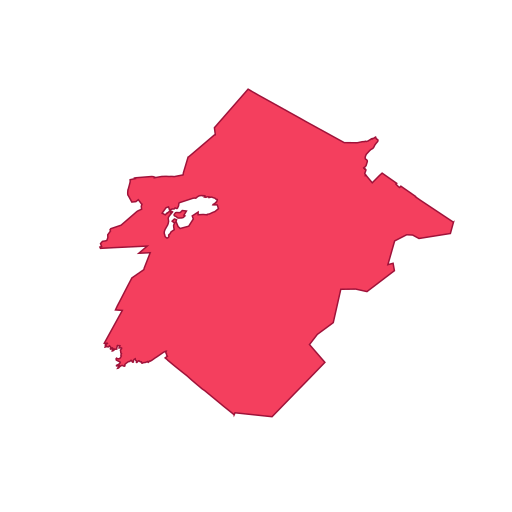 Staiceles pag., Alojas, Latvia (Equal Earth projection), rotated 143°
{"feature_id": "27541924B5115242509873", "entity_name": "Staiceles pag.", "entity_type": "district", "adm_level": 2, "iso_a3": "LVA", "parent_name": "Latvia", "parent_adm1": "Alojas", "projection": "equal_earth", "projection_center": [24.767, 57.89], "detail": "fine", "context": "isolated", "style": "filled", "palette": "rose", "viewbox_px": 512, "rotation_deg": 143, "n_neighbors": 0, "source": "geoboundaries", "source_scale": "gbopen_adm2", "svg_char_len": 6029}
<svg xmlns="http://www.w3.org/2000/svg" viewBox="0 0 512 512"><g transform="rotate(143 256 256)"><path d="M161.9,394.0L212.0,383.5L215.4,377.5L215.7,377.3L216.3,377.7L216.9,377.7L245.1,376.0L250.7,375.7L250.8,375.8L264.1,366.0L265.2,364.8L265.3,364.8L265.4,364.7L265.7,364.7L265.9,364.9L273.5,368.6L275.4,370.3L277.7,371.9L279.8,373.7L283.5,376.3L290.0,379.6L289.5,380.0L290.4,381.3L291.5,382.3L304.4,390.5L305.9,391.3L305.9,390.5L310.6,392.7L311.9,390.9L315.3,388.2L318.3,385.9L318.5,385.9L320.6,383.5L321.6,381.9L321.7,380.6L322.7,373.8L319.2,371.7L316.1,371.8L316.1,366.3L315.9,366.0L317.8,364.7L317.9,364.4L319.2,362.2L323.1,363.1L324.4,363.2L345.2,361.8L355.5,365.2L356.8,364.8L357.2,363.5L361.6,362.2L363.3,359.8L365.8,358.2L367.2,358.7L369.8,360.1L372.7,359.5L373.6,356.5L375.3,357.1L375.6,355.7L365.2,348.7L336.9,329.4L347.9,328.7L338.5,322.3L352.6,313.6L352.8,313.4L353.8,312.6L368.3,313.2L375.9,309.6L393.4,301.2L396.6,299.7L400.7,297.5L395.5,293.0L429.8,277.6L429.2,276.6L427.7,276.3L427.3,276.0L427.3,275.6L428.7,275.7L429.4,275.7L430.1,275.2L429.8,274.8L429.7,274.7L429.9,274.5L430.6,274.3L431.0,274.3L431.3,274.1L430.9,273.9L429.9,273.6L428.7,272.3L428.2,272.2L427.1,272.4L426.9,271.5L427.0,270.7L426.9,269.9L427.0,269.7L427.4,269.5L427.9,269.8L428.1,269.6L428.2,269.4L428.1,269.0L427.8,268.8L427.5,268.8L426.7,269.1L426.1,269.2L425.9,269.0L426.0,268.6L426.7,268.3L426.7,268.1L426.2,267.7L425.5,267.3L425.6,267.1L426.2,266.9L427.5,266.9L427.8,266.9L428.0,266.7L427.4,266.4L426.2,266.3L425.3,266.5L424.7,266.5L423.8,265.7L423.4,265.7L423.2,265.5L422.2,266.7L421.9,266.8L421.3,267.3L420.7,267.9L420.2,267.8L419.7,267.0L419.5,266.9L418.7,266.4L418.6,266.2L420.2,265.4L420.7,265.0L418.9,263.8L418.7,263.5L418.7,263.3L419.3,262.8L420.3,262.6L421.1,262.2L421.6,260.9L422.3,260.0L422.3,259.6L422.1,259.1L423.4,258.3L423.8,257.8L423.7,257.2L425.6,256.3L426.3,256.2L426.9,256.3L427.6,256.5L428.9,258.1L428.9,258.3L429.5,258.2L430.1,257.3L430.2,256.9L429.2,254.8L428.4,253.4L428.4,253.1L428.6,253.1L428.6,252.7L428.9,252.4L429.9,252.2L430.9,252.2L433.2,252.6L433.5,252.3L433.3,251.8L431.4,251.1L430.9,250.7L431.1,250.3L433.9,249.7L434.1,249.6L433.7,249.4L432.9,249.3L431.5,249.6L430.4,249.6L429.2,249.4L428.8,249.2L428.4,248.8L428.2,248.2L427.9,247.7L427.3,247.1L427.0,247.1L426.7,247.2L426.6,247.4L426.5,247.9L426.3,248.1L425.4,248.4L423.7,248.5L421.4,248.4L420.3,247.7L418.9,248.0L418.4,247.7L418.5,245.9L418.4,245.4L417.8,245.1L417.6,245.2L416.8,246.4L415.2,246.8L414.3,246.6L414.8,245.9L414.9,245.3L414.5,244.3L415.0,243.7L415.4,243.2L415.5,243.0L415.3,242.7L412.9,243.0L412.5,242.8L412.1,241.1L411.3,240.6L411.2,240.4L411.6,239.7L411.6,239.0L411.5,238.9L410.2,238.6L408.3,237.5L406.1,237.0L405.9,236.9L405.9,236.7L406.2,236.2L406.1,235.9L405.3,235.9L404.7,236.1L404.2,236.2L403.7,235.9L403.6,235.6L401.9,235.4L397.8,235.3L395.4,235.1L388.0,234.8L385.9,234.4L385.1,234.0L385.3,233.9L386.2,233.0L386.4,232.5L386.3,231.8L386.6,231.4L387.0,230.7L387.1,229.3L389.9,229.3L389.3,226.9L389.2,225.8L387.0,216.5L384.7,207.5L383.2,201.8L381.9,195.1L379.0,182.3L378.0,179.4L372.3,155.5L369.0,142.5L369.1,142.3L367.1,143.4L339.9,118.0L308.4,122.9L293.7,125.1L265.0,129.6L266.6,153.1L254.2,156.5L234.4,156.3L208.3,178.4L196.3,169.6L188.8,160.8L154.3,161.0L150.9,167.7L155.9,169.7L136.2,184.6L122.9,182.3L118.3,178.5L115.3,171.9L87.2,157.0L77.9,164.2L78.0,164.2L91.2,201.7L93.0,207.2L92.7,207.5L98.3,224.6L100.1,224.3L100.6,225.9L101.0,229.3L99.9,229.4L105.4,246.3L108.9,246.0L119.1,244.5L119.5,252.4L119.6,253.6L119.8,253.9L120.1,254.2L119.5,254.2L119.6,256.3L119.5,256.5L116.8,258.2L116.3,258.8L116.4,259.2L116.9,259.7L116.4,260.3L116.5,260.5L117.1,261.1L117.0,261.6L114.8,261.6L113.6,262.0L110.3,264.4L109.8,265.1L109.7,266.5L110.2,267.2L110.2,267.8L109.8,268.7L108.7,269.7L107.4,270.5L106.5,270.9L102.2,271.7L100.3,271.9L98.0,271.6L96.7,271.9L94.3,273.1L92.3,273.7L89.9,274.2L89.1,274.8L88.8,275.3L88.8,276.0L89.3,276.6L89.3,277.6L88.9,279.0L89.5,279.1L89.9,279.1L90.2,279.2L91.0,279.1L91.6,279.4L92.0,279.4L92.2,279.7L92.4,279.8L93.0,279.6L93.2,280.1L93.4,280.1L94.1,280.2L94.7,280.1L95.3,280.3L97.2,280.4L99.2,281.1L99.4,281.7L100.3,282.1L100.6,282.1L102.1,283.2L107.0,285.5L117.3,293.4L135.3,333.4L136.4,336.0L143.3,351.6L157.3,383.1L161.0,391.7L160.9,391.7L161.9,394.0ZM290.6,341.5L289.9,341.5L287.6,342.7L285.8,344.6L284.6,344.5L271.7,340.1L270.9,339.7L270.1,339.2L269.3,338.4L267.1,338.5L265.8,338.4L264.6,338.0L262.9,336.9L261.4,335.6L261.7,335.5L260.7,334.7L261.7,334.1L261.3,333.8L260.9,333.3L260.7,333.3L260.6,333.0L260.1,332.9L259.9,332.9L258.8,332.3L258.1,331.7L257.7,331.2L258.1,331.0L257.9,330.9L257.9,330.7L256.4,330.1L255.8,329.5L254.9,328.1L254.1,327.0L253.9,326.6L253.8,325.5L253.6,325.2L253.0,324.7L252.9,324.4L253.1,324.1L253.4,323.9L253.6,323.7L254.3,323.4L254.5,323.2L255.0,322.9L255.3,323.0L255.7,322.8L255.9,323.0L257.5,322.7L259.2,323.0L259.6,322.8L256.3,320.3L256.4,319.5L257.5,316.4L262.1,316.2L264.1,316.8L267.9,317.6L269.8,318.6L270.2,318.3L270.7,318.7L273.1,320.9L277.4,323.8L275.8,325.9L282.8,326.4L283.8,323.3L291.8,320.3L300.0,323.6L300.5,326.4L299.1,331.7L297.6,332.8L298.9,334.7L302.0,334.3L301.4,331.7L300.7,331.5L303.2,330.2L303.5,329.9L304.6,328.1L305.5,326.2L309.3,326.4L311.2,325.5L312.0,325.5L313.1,325.3L313.3,325.1L313.6,324.3L314.2,323.8L314.5,323.7L315.5,323.6L316.1,323.8L316.5,324.2L316.9,325.9L316.8,326.5L316.3,327.5L315.6,329.4L314.6,330.6L312.7,331.9L308.0,333.9L306.7,334.7L304.9,336.3L303.6,338.7L302.8,339.5L301.4,340.1L296.1,341.4L296.5,342.5L297.9,342.4L297.0,343.9L300.9,343.6L301.0,343.9L303.7,343.5L305.2,346.7L298.8,348.7L296.3,347.9L297.2,345.2L296.4,344.5L294.5,343.9L293.0,342.8L291.7,343.1L290.6,341.5ZM287.5,336.7L290.2,336.3L291.3,336.9L293.3,338.6L294.1,338.9L294.2,339.0L296.2,338.5L296.8,338.1L296.9,337.5L296.9,337.2L296.7,336.6L296.3,336.1L295.9,335.1L295.7,333.8L295.3,333.1L294.7,332.7L292.9,331.4L292.2,331.0L291.2,330.6L290.6,330.5L289.3,330.8L288.6,330.8L289.0,332.0L284.5,333.8L287.5,336.7Z" fill="#f43f5e" stroke="#9f1239" stroke-width="1.5"/></g></svg>